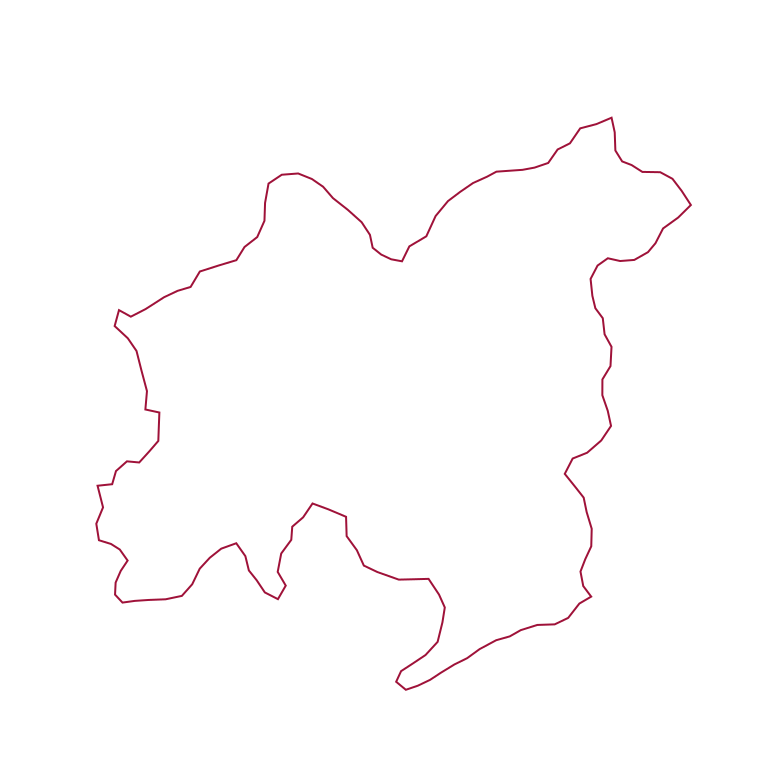 Coronel Xavier Chaves, Minas Gerais, Brazil (Natural Earth projection), rotated 9°
{"feature_id": "56859067B25773134342580", "entity_name": "Coronel Xavier Chaves", "entity_type": "district", "adm_level": 2, "iso_a3": "BRA", "parent_name": "Brazil", "parent_adm1": "Minas Gerais", "projection": "natural_earth1", "projection_center": [-44.197, -21.023], "detail": "fine", "context": "isolated", "style": "outline", "palette": "rose", "viewbox_px": 768, "rotation_deg": 9, "n_neighbors": 0, "source": "geoboundaries", "source_scale": "gbopen_adm2", "svg_char_len": 2105}
<svg xmlns="http://www.w3.org/2000/svg" viewBox="0 0 768 768"><g transform="rotate(9 384 384)"><path d="M614.8,389.9L609.2,375.5L601.4,360.9L599.0,345.3L604.9,330.9L602.9,311.7L594.1,300.4L589.8,284.8L580.9,276.1L576.0,264.3L571.6,247.9L576.4,233.6L585.4,224.8L598.0,225.6L611.8,222.3L624.1,212.5L630.1,202.5L635.3,186.7L648.5,173.6L659.1,159.2L647.8,146.7L636.8,136.2L623.7,131.6L606.0,134.1L594.3,129.0L584.4,126.9L576.0,117.2L572.5,99.3L567.1,85.4L553.1,94.1L537.8,100.8L530.0,117.2L518.8,125.2L511.6,140.0L498.9,146.7L487.3,150.8L473.9,153.9L461.8,156.7L453.4,163.1L440.6,171.5L429.2,182.3L418.6,193.3L408.7,210.0L402.7,231.5L387.5,244.1L382.6,260.0L371.6,259.7L361.0,256.6L351.5,251.2L346.8,238.9L336.6,227.7L321.1,217.7L304.5,208.4L293.0,198.7L280.7,192.8L266.3,189.5L250.3,193.3L238.6,204.1L238.2,223.8L240.4,241.5L235.8,258.7L224.8,270.5L218.8,284.8L202.2,292.8L184.5,301.7L177.8,318.4L165.5,324.3L153.2,332.7L136.8,347.3L123.4,357.1L110.7,352.5L108.9,368.9L123.8,378.9L134.4,390.1L142.2,408.3L151.0,428.1L152.3,446.5L166.6,447.3L168.3,461.6L170.0,475.5L162.7,487.3L154.5,499.8L142.2,500.6L132.9,511.9L131.2,525.5L117.0,529.3L125.8,549.8L121.7,567.0L126.9,582.9L139.4,584.7L148.9,588.8L158.4,598.5L153.2,609.8L150.0,622.1L151.3,634.1L159.9,640.8L171.8,637.2L185.4,634.1L202.0,630.8L217.5,624.9L225.9,611.8L230.9,595.2L239.1,582.9L249.0,572.1L263.0,564.4L274.0,575.7L279.7,589.3L288.9,597.7L298.9,608.5L312.9,613.1L318.5,598.5L308.4,586.2L309.0,567.5L316.8,552.4L315.7,539.3L325.0,528.3L332.1,513.2L348.7,516.5L367.3,521.1L370.9,540.1L383.2,552.4L392.5,566.5L407.0,570.8L429.2,574.9L444.5,572.1L458.5,569.5L471.3,583.4L479.0,595.2L479.0,610.3L477.3,630.3L467.4,645.2L454.7,656.9L445.8,664.9L442.6,676.2L453.4,682.6L464.6,676.7L475.8,669.0L485.1,660.5L497.4,650.0L509.0,641.8L520.0,630.8L534.9,619.5L547.7,613.6L557.6,605.7L573.1,598.0L590.2,594.7L602.5,586.2L611.3,570.3L621.9,561.6L612.4,552.4L607.4,538.5L610.2,525.5L614.1,511.9L611.8,494.5L604.2,478.8L599.0,465.0L588.2,455.0L576.6,444.5L582.0,428.1L595.4,420.1L607.4,405.8L614.8,389.9Z" fill="none" stroke="#9f1239" stroke-width="2"/></g></svg>